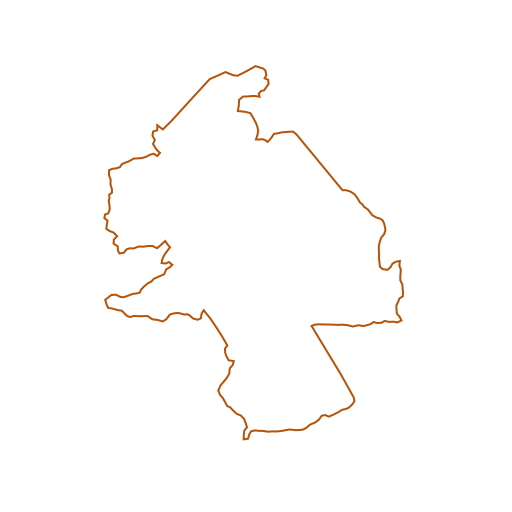 the district of Barra do Piraí, Rio de Janeiro, Brazil, rotated 219°
{"feature_id": "56859067B26511615248896", "entity_name": "Barra do Piraí", "entity_type": "district", "adm_level": 2, "iso_a3": "BRA", "parent_name": "Brazil", "parent_adm1": "Rio de Janeiro", "projection": "robinson", "projection_center": [-43.906, -22.425], "detail": "fine", "context": "isolated", "style": "outline", "palette": "amber", "viewbox_px": 512, "rotation_deg": 219, "n_neighbors": 0, "source": "geoboundaries", "source_scale": "gbopen_adm2", "svg_char_len": 3745}
<svg xmlns="http://www.w3.org/2000/svg" viewBox="0 0 512 512"><g transform="rotate(219 256 256)"><path d="M424.2,230.3L421.2,226.4L416.9,223.8L414.3,220.2L410.0,217.2L407.8,214.6L408.7,211.2L406.4,208.9L405.0,206.0L401.9,203.3L398.9,200.0L397.7,196.0L399.4,193.3L397.8,190.1L393.6,190.0L392.0,187.0L389.4,182.9L385.3,183.3L381.5,184.6L376.4,184.0L376.8,179.3L374.5,176.0L369.5,176.5L366.9,173.5L363.8,172.0L360.8,175.3L360.8,179.7L358.9,182.6L355.8,184.9L353.2,189.5L349.2,192.5L346.5,195.5L342.9,198.6L337.8,199.8L336.7,205.5L336.0,210.5L331.4,209.2L328.3,208.7L328.2,204.6L328.0,199.7L326.7,194.4L324.9,191.1L321.5,193.3L319.9,196.5L315.5,196.5L315.9,193.0L317.4,189.1L315.9,184.0L318.9,178.2L321.0,174.1L321.4,169.8L322.9,166.6L323.8,162.0L324.2,157.5L323.3,154.3L325.3,151.7L327.9,149.0L330.5,144.6L332.9,140.6L335.8,138.8L340.7,137.7L343.9,134.6L344.8,130.6L345.6,127.0L341.9,124.5L338.3,122.6L334.6,124.7L331.8,125.9L328.9,127.2L325.8,129.1L322.4,128.6L318.1,128.3L315.3,129.5L313.1,132.7L309.8,135.0L306.1,138.0L302.3,141.2L296.9,141.5L291.8,144.6L287.2,146.5L285.9,150.6L286.1,156.2L283.7,159.8L280.8,162.6L277.8,164.2L275.0,165.2L272.8,167.5L269.8,168.1L265.6,167.8L261.2,169.8L259.6,172.9L262.0,176.8L262.5,180.9L252.1,178.7L240.1,175.0L232.4,172.4L222.0,168.4L221.8,164.4L218.9,161.3L215.8,159.5L211.7,157.7L207.1,160.3L205.5,156.8L205.7,152.2L202.7,147.7L202.0,142.6L202.0,138.7L202.2,133.5L200.6,127.6L196.4,125.4L192.3,124.7L188.0,123.0L184.1,121.3L180.8,122.1L176.6,121.5L171.6,121.2L167.5,122.5L163.0,122.0L158.1,119.2L155.2,117.2L155.2,113.0L152.8,109.2L150.2,105.8L147.2,109.0L149.0,113.2L149.5,116.8L146.9,119.9L143.8,121.9L140.3,124.6L136.7,126.6L132.5,130.3L129.2,132.9L125.0,137.3L120.9,142.2L115.4,145.7L112.2,148.6L109.8,151.3L108.6,154.8L107.9,159.0L105.4,163.5L104.1,168.5L104.4,173.3L102.0,176.0L98.3,177.0L95.9,181.6L93.7,186.6L92.3,190.7L89.9,193.6L88.4,196.6L87.8,201.0L88.1,205.1L91.0,207.6L115.8,217.5L168.8,236.6L167.1,239.6L164.5,242.2L159.5,246.0L155.9,248.9L148.1,254.7L145.7,257.0L141.5,259.8L136.4,262.1L132.8,266.7L128.5,269.1L125.9,272.5L124.1,275.1L123.0,278.7L119.8,280.1L116.5,283.0L115.1,286.5L111.2,288.5L107.5,291.7L104.4,293.2L102.4,297.5L106.3,299.2L110.1,299.8L113.5,303.2L115.9,306.1L116.7,309.9L117.8,313.2L116.5,317.0L118.7,320.0L120.9,322.3L124.2,325.9L128.5,327.9L131.4,331.5L134.9,336.6L138.4,338.6L141.1,342.7L144.0,339.1L145.1,335.7L144.4,331.9L145.2,327.9L149.4,325.5L153.0,325.7L156.1,328.8L158.9,331.6L161.1,334.4L164.4,338.1L166.9,341.1L168.7,344.9L170.2,349.0L170.2,353.7L171.6,357.5L173.9,359.5L176.9,361.9L180.2,363.5L183.2,363.0L186.8,361.6L191.2,360.9L194.2,361.6L198.3,362.6L203.0,362.2L205.8,363.1L208.8,363.0L213.6,364.8L218.3,366.0L223.2,365.5L227.6,363.7L230.1,361.6L233.5,362.2L252.1,366.0L260.4,367.7L294.9,374.7L300.8,375.9L305.4,376.0L307.9,373.9L310.4,371.5L314.0,368.1L316.5,364.8L318.9,362.4L318.4,356.4L318.8,351.9L321.7,351.9L324.7,350.7L326.9,348.4L329.4,346.6L331.2,351.3L333.3,355.0L336.9,357.7L340.6,359.7L345.1,361.6L350.2,363.5L354.8,361.4L358.4,359.2L361.3,357.2L362.9,360.1L364.7,363.0L367.4,366.7L366.4,371.8L363.7,374.0L361.5,376.2L358.1,379.3L353.5,382.0L356.0,383.9L355.9,387.3L354.0,389.9L354.2,393.3L354.5,397.7L357.5,400.6L361.1,399.5L361.7,403.1L365.4,406.0L368.3,406.2L371.4,405.0L375.8,403.3L379.9,393.1L383.7,384.6L387.4,382.2L390.9,381.1L395.5,379.7L399.2,372.3L403.3,364.3L405.5,328.8L406.6,309.1L408.0,295.7L415.0,295.5L411.9,291.6L414.3,287.9L412.1,284.3L407.6,282.5L406.6,278.3L402.4,276.7L398.6,275.8L395.5,275.7L395.6,271.6L400.0,271.0L402.2,267.9L404.0,263.6L406.2,260.4L408.5,258.2L412.4,254.7L414.3,249.7L416.5,246.0L418.0,243.1L417.7,239.3L420.1,235.8L422.4,233.5L424.2,230.3Z" fill="none" stroke="#b45309" stroke-width="2"/></g></svg>